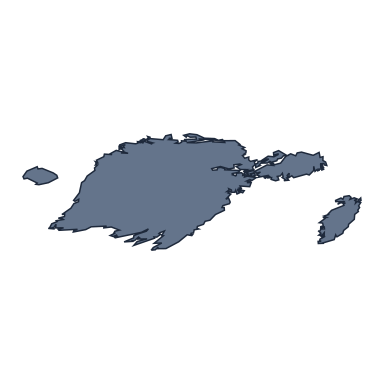 the district of Vega nor, Nordland, Norway
{"feature_id": "86288312B81726238902221", "entity_name": "Vega nor", "entity_type": "district", "adm_level": 2, "iso_a3": "NOR", "parent_name": "Norway", "parent_adm1": "Nordland", "projection": "robinson", "projection_center": [11.939, 65.651], "detail": "fine", "context": "isolated", "style": "filled", "palette": "slate", "viewbox_px": 384, "rotation_deg": 0, "n_neighbors": 0, "source": "geoboundaries", "source_scale": "gbopen_adm2", "svg_char_len": 6076}
<svg xmlns="http://www.w3.org/2000/svg" viewBox="0 0 384 384"><path d="M189.6,133.8L183.7,135.3L186.2,137.2L187.2,135.6L190.1,137.2L195.9,137.0L196.5,139.1L184.7,139.5L184.1,140.6L186.9,141.3L181.5,140.8L181.6,142.2L179.0,143.5L175.6,143.2L178.1,141.9L177.6,140.3L168.9,139.6L170.0,138.9L168.7,138.3L172.0,138.3L171.1,134.5L165.7,135.8L163.2,139.7L150.1,138.6L150.0,137.2L147.6,136.5L148.4,137.9L147.0,139.0L149.6,139.3L147.3,139.7L147.4,141.4L152.8,142.9L151.4,143.3L152.2,144.1L143.3,141.0L146.5,140.0L145.1,140.2L144.8,139.0L142.6,138.7L143.4,139.2L140.7,140.3L143.4,142.0L142.6,143.5L142.8,142.0L141.0,142.6L141.1,141.5L138.8,141.6L140.1,142.8L137.5,141.8L137.8,143.2L135.6,143.8L125.6,142.7L119.7,144.9L119.2,146.0L120.5,146.3L125.4,144.6L123.3,145.9L124.3,147.6L119.1,147.2L119.1,149.5L122.4,147.6L121.5,149.1L122.8,149.2L122.0,149.4L123.6,151.0L122.8,151.7L128.1,153.3L121.8,153.0L122.2,151.9L116.2,150.4L109.7,154.0L112.1,154.6L104.4,154.1L103.8,156.7L96.5,160.2L97.6,162.5L95.5,161.8L96.6,163.2L95.3,163.4L96.6,163.7L95.4,165.0L97.4,165.1L94.5,168.0L94.9,170.4L87.2,176.0L84.6,180.6L81.6,182.6L79.4,192.8L73.6,200.4L75.0,201.3L78.7,199.3L78.5,201.7L73.9,203.6L70.9,208.2L61.9,214.5L64.7,214.1L64.5,216.5L58.3,218.2L62.2,218.6L63.4,219.5L56.3,220.7L57.1,221.6L51.7,223.8L49.6,227.8L50.4,228.0L48.2,228.4L54.7,229.0L52.2,227.8L54.0,227.4L56.0,224.1L55.7,227.9L63.6,227.8L58.2,229.3L59.0,230.3L77.5,229.3L73.9,230.4L73.3,232.0L85.7,229.6L91.2,226.8L106.6,226.1L103.9,227.2L103.8,227.9L111.3,227.0L119.4,230.1L114.9,231.2L113.9,233.0L115.4,233.0L110.2,235.5L113.2,236.5L117.1,234.8L116.3,235.8L117.1,236.3L114.0,236.7L115.2,237.8L141.5,232.3L148.4,228.9L146.4,231.2L137.0,234.3L133.8,235.8L133.6,237.9L124.1,241.9L133.7,241.3L131.2,240.9L134.7,240.5L138.5,237.0L139.5,237.8L137.0,239.1L147.1,238.9L137.2,241.5L133.8,245.4L154.6,238.2L154.0,237.0L156.8,237.1L160.6,234.4L158.9,233.6L159.9,232.7L164.4,231.0L161.8,235.6L163.3,235.8L154.1,243.3L161.8,243.0L153.3,247.5L151.9,249.3L153.4,249.3L151.3,250.2L155.3,249.8L158.2,247.0L157.6,248.7L165.9,248.6L178.7,241.8L187.2,234.8L191.8,235.6L192.5,234.7L190.7,234.9L191.1,233.3L193.5,232.9L194.2,229.8L198.7,229.0L197.0,228.3L197.4,226.4L203.5,224.3L205.1,221.3L210.0,220.2L215.5,214.5L224.4,210.3L224.2,207.5L222.0,207.5L222.9,205.6L229.4,203.7L230.2,202.1L228.6,198.1L225.8,199.2L230.8,194.1L228.1,193.0L230.3,191.2L227.0,191.5L229.1,189.9L228.7,188.7L231.3,189.9L231.0,192.2L234.8,192.3L235.7,190.2L237.0,194.0L239.6,192.8L238.2,190.9L241.0,190.7L240.2,191.9L242.7,192.8L244.2,190.7L237.2,189.4L242.0,188.5L240.1,187.9L240.9,187.7L240.0,186.0L249.7,186.7L251.2,182.6L246.9,182.7L251.3,181.3L246.7,181.0L249.8,179.5L252.0,180.4L256.3,177.6L248.2,176.3L251.5,174.9L251.4,176.4L255.4,176.8L253.1,176.1L255.1,175.4L254.9,173.4L249.4,174.0L253.5,173.0L254.5,171.8L253.7,170.5L247.6,171.9L248.3,174.6L246.4,173.1L247.7,172.6L244.6,172.3L244.3,174.3L248.4,175.9L244.5,177.0L245.1,175.4L242.7,175.5L242.9,173.8L241.5,172.7L236.3,173.3L236.3,175.4L235.7,175.9L232.5,174.8L233.3,174.3L232.5,173.5L238.4,172.3L240.0,170.5L224.7,169.8L224.9,168.6L220.8,167.4L217.7,167.8L217.1,169.9L212.6,170.2L211.7,168.6L220.4,166.5L228.8,168.9L234.1,168.0L233.8,164.8L239.9,164.0L241.2,164.6L236.2,166.6L240.4,169.5L247.0,169.6L243.2,171.7L254.6,169.5L253.2,169.4L252.5,166.9L255.1,164.6L254.3,161.8L257.5,159.7L250.5,161.4L248.7,159.8L248.8,157.0L244.7,158.2L242.5,155.5L244.9,154.6L244.1,154.1L245.9,152.9L246.1,150.8L242.1,148.8L244.6,147.5L238.8,145.0L239.9,144.4L235.1,140.6L224.0,140.7L224.8,142.5L212.1,141.8L213.4,141.6L212.6,140.9L196.2,142.9L186.6,142.6L202.2,140.2L198.5,138.8L223.6,140.9L222.4,139.5L218.4,140.3L214.6,138.6L204.5,138.2L196.9,134.7L189.6,133.8ZM301.5,152.1L297.2,152.9L295.7,155.8L290.7,153.8L285.7,156.5L280.6,163.1L273.7,164.9L273.6,163.5L270.1,163.2L272.9,165.4L267.1,164.9L255.1,171.2L256.6,173.2L260.5,172.0L256.5,175.0L259.4,176.0L258.6,177.2L266.6,175.7L264.3,177.7L265.3,178.3L268.6,175.9L270.4,177.1L268.2,176.5L267.9,177.9L271.6,177.6L271.1,179.4L275.6,180.8L278.8,179.9L277.8,176.7L276.5,176.5L280.4,175.9L282.4,173.3L283.1,176.6L282.1,177.5L285.6,179.8L283.9,180.7L288.7,180.2L286.7,177.9L288.0,177.5L287.1,175.5L288.7,173.6L289.8,173.8L289.0,173.9L288.9,177.6L291.8,175.8L293.7,177.7L306.5,174.1L309.2,175.0L313.7,170.5L313.7,166.3L315.0,171.4L317.1,169.5L317.6,170.8L319.1,170.3L318.8,169.2L321.0,169.1L321.7,167.2L321.9,170.0L323.6,169.3L322.4,167.2L320.8,167.3L320.7,165.6L323.0,166.7L321.9,164.9L322.8,164.9L320.1,163.8L324.0,163.5L324.1,164.9L326.8,165.5L325.6,162.0L322.9,160.5L323.0,156.7L320.1,157.4L319.1,152.4L313.2,155.3L301.5,152.1ZM349.2,195.7L344.0,196.5L342.9,199.3L341.0,198.0L335.6,200.4L335.7,201.6L340.5,201.7L337.6,204.3L343.1,201.6L344.0,201.6L342.8,203.0L345.4,203.0L343.3,204.0L343.9,205.4L331.6,210.3L328.0,214.1L329.3,214.3L323.8,216.1L326.5,217.4L323.9,217.7L324.9,218.6L319.3,222.7L322.6,223.1L323.3,225.9L320.8,226.6L320.7,228.0L324.3,227.0L324.5,228.9L321.0,229.0L319.4,231.6L318.1,230.7L320.9,233.2L318.9,235.1L322.4,234.9L324.3,232.6L324.2,235.6L320.7,235.9L322.6,237.5L322.9,236.4L325.1,236.3L320.1,239.0L319.6,240.6L321.2,241.3L318.1,241.4L318.3,243.5L324.0,243.3L323.1,242.9L334.2,239.6L335.7,234.9L336.5,236.5L335.6,236.5L337.0,236.8L342.8,233.3L343.6,230.5L348.3,226.7L348.6,224.3L354.3,219.3L354.7,214.4L358.4,211.5L357.8,210.1L359.6,207.5L358.6,205.9L360.7,202.6L358.5,202.0L361.0,200.5L360.7,198.0L355.5,203.2L356.1,200.4L354.0,200.5L357.3,199.0L354.2,197.8L349.9,199.4L351.0,197.3L349.2,195.7ZM37.2,166.7L26.9,171.1L23.0,176.6L24.0,178.9L27.4,178.2L37.2,183.0L35.8,184.3L38.9,184.7L48.4,182.7L57.7,177.9L56.8,175.3L53.2,172.9L42.1,168.4L38.0,168.9L37.2,166.7ZM286.9,155.5L278.6,150.6L273.5,152.6L273.7,155.1L278.0,153.9L278.1,154.6L273.9,156.8L268.1,156.2L261.9,160.3L263.7,160.8L258.0,161.4L257.8,163.2L255.6,164.0L255.7,167.5L259.8,165.7L258.9,165.5L262.0,162.0L266.6,159.1L268.8,159.0L262.1,163.1L267.6,163.0L269.9,161.3L272.7,163.1L272.6,161.9L276.8,160.8L277.6,159.0L281.4,158.1L283.4,155.8L286.9,155.5Z" fill="#64748b" stroke="#1e293b" stroke-width="1.5"/></svg>